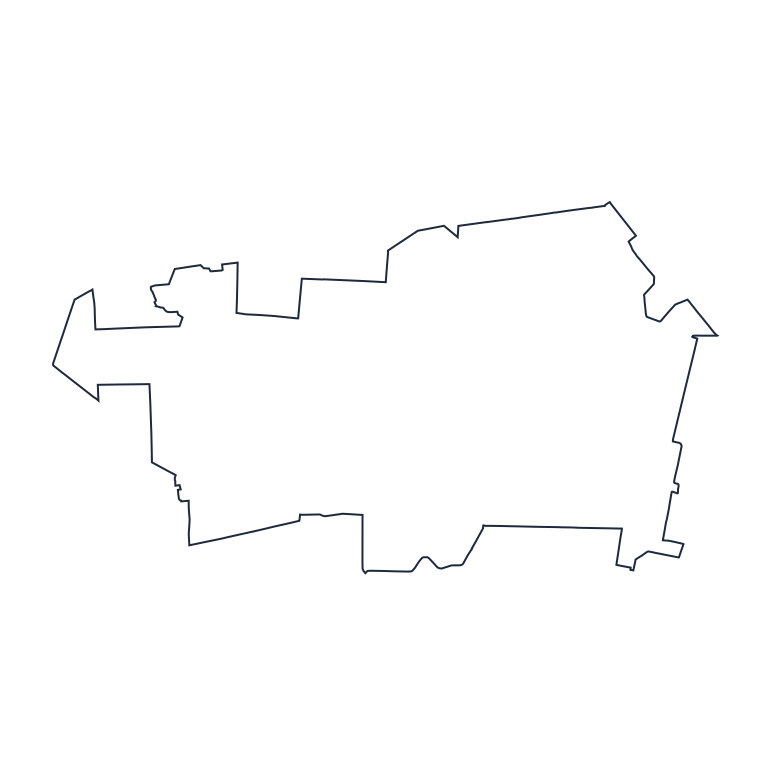 outline of Chirnogeni, Constanta, Romania, rotated 272°
{"feature_id": "2599482B22610394630164", "entity_name": "Chirnogeni", "entity_type": "district", "adm_level": 2, "iso_a3": "ROU", "parent_name": "Romania", "parent_adm1": "Constanta", "projection": "orthographic", "projection_center": [28.21, 43.932], "detail": "fine", "context": "isolated", "style": "outline", "palette": "slate", "viewbox_px": 768, "rotation_deg": 272, "n_neighbors": 0, "source": "geoboundaries", "source_scale": "gbopen_adm2", "svg_char_len": 5573}
<svg xmlns="http://www.w3.org/2000/svg" viewBox="0 0 768 768"><g transform="rotate(272 384 384)"><path d="M216.0,195.1L217.3,200.4L221.2,216.2L221.9,219.2L223.8,227.1L225.2,232.1L228.5,244.7L232.8,261.4L235.2,270.3L237.8,279.6L240.0,288.0L240.4,289.7L241.4,293.4L244.3,304.1L244.6,304.2L250.6,304.7L250.6,305.5L250.4,306.1L250.7,311.8L251.1,319.1L251.1,319.3L251.4,324.4L250.6,326.3L250.2,327.3L250.0,328.3L249.9,329.2L249.9,330.3L250.3,332.7L252.6,345.7L252.8,346.2L252.9,347.7L252.7,355.2L252.4,367.1L225.6,368.0L204.9,368.7L199.1,369.0L198.4,369.1L196.5,370.0L194.3,372.0L196.3,373.6L196.7,374.6L196.9,377.6L197.1,388.1L197.2,403.6L197.3,410.2L197.5,417.1L198.3,418.9L201.3,421.3L204.5,423.2L207.8,425.2L211.6,428.2L212.2,429.6L212.4,433.5L211.4,435.1L206.0,440.5L202.6,443.8L202.1,445.0L201.8,445.9L201.6,448.0L203.8,454.3L205.1,457.8L205.1,458.4L205.5,466.7L206.0,468.1L206.8,469.0L207.8,469.7L215.2,473.4L220.2,476.3L222.3,477.7L222.7,477.5L225.7,479.1L230.3,481.5L236.7,484.7L243.1,488.0L246.1,488.1L246.2,488.3L245.8,490.1L245.8,491.3L245.9,494.4L246.1,501.4L246.3,516.6L246.4,523.7L246.6,541.3L246.8,552.5L247.0,562.2L247.0,562.3L247.0,566.7L247.2,577.2L247.1,583.4L247.1,583.5L247.5,607.6L247.6,613.3L247.7,620.1L247.8,626.8L246.5,626.7L241.6,626.1L241.4,626.0L212.6,622.7L211.4,622.6L210.6,627.0L209.1,636.9L206.8,636.8L206.4,639.7L208.7,640.1L216.8,641.5L217.4,641.6L219.5,644.6L221.8,648.0L225.4,652.8L225.9,654.2L224.2,664.2L224.2,664.3L220.9,684.7L221.0,684.8L227.7,686.8L234.4,688.9L234.8,687.8L236.1,681.1L237.3,674.4L237.5,668.2L238.0,668.2L246.3,669.4L255.3,670.6L258.2,671.3L263.7,672.2L268.8,673.0L272.7,673.5L276.8,674.0L281.3,674.6L283.6,674.9L286.0,675.3L286.4,675.6L286.5,675.8L286.3,676.7L285.7,678.6L285.1,680.3L285.0,680.8L285.0,681.1L285.2,681.4L285.3,681.4L286.1,681.5L287.0,681.5L287.5,681.5L288.3,681.5L289.0,681.5L292.3,682.0L293.1,681.9L293.7,681.8L294.1,681.5L294.5,680.9L294.8,679.3L295.0,678.4L295.2,677.8L295.5,677.6L295.9,677.4L296.3,677.4L297.2,677.4L297.8,677.5L299.7,677.8L301.6,678.1L313.4,680.5L315.3,680.8L325.6,682.5L332.2,683.6L333.1,683.4L334.1,682.9L334.6,682.6L335.2,681.7L335.5,680.9L336.7,674.7L338.5,674.7L392.0,685.6L429.7,693.4L440.3,695.5L441.7,690.5L441.8,690.4L442.1,690.4L442.6,690.8L442.9,691.1L443.1,691.6L443.2,692.1L443.2,693.5L443.3,695.9L443.5,702.9L443.7,708.6L443.8,711.4L443.9,715.3L444.0,715.5L444.6,714.5L445.3,713.7L446.1,712.9L447.1,711.9L448.1,711.0L448.7,710.5L449.5,709.8L451.1,708.5L452.5,707.3L454.4,705.7L456.5,703.8L458.6,702.0L460.1,700.7L462.4,698.7L464.7,696.6L468.5,693.3L471.2,691.1L473.0,689.5L475.4,687.5L478.9,684.4L477.0,680.1L474.9,675.4L474.9,675.1L474.8,674.8L474.7,674.5L474.5,674.3L474.3,674.1L473.6,672.5L473.1,671.9L472.2,671.2L470.1,669.4L467.2,666.9L462.5,663.1L456.7,658.5L456.1,657.6L456.1,657.0L458.3,650.3L460.2,644.6L460.6,644.1L461.9,643.6L463.0,643.3L466.9,642.8L474.5,641.7L479.4,641.2L481.1,640.9L482.3,640.8L485.0,643.1L493.2,650.1L493.6,650.2L500.1,650.3L500.9,650.1L502.5,648.7L508.1,643.5L517.1,635.6L520.6,632.3L522.4,631.1L523.3,630.3L523.7,630.0L524.4,629.5L525.1,628.9L526.1,628.1L526.6,627.8L527.4,627.4L529.2,626.6L531.2,625.6L532.4,624.9L534.0,624.0L534.9,623.5L535.1,623.7L536.3,625.1L537.5,626.5L538.7,627.9L539.8,629.3L540.3,629.9L541.0,630.6L565.9,609.6L570.9,605.4L573.7,603.3L572.5,601.4L571.1,599.6L570.5,598.7L569.6,598.4L569.5,597.2L568.7,592.4L567.9,587.8L567.4,585.2L567.0,582.2L566.8,581.0L566.6,579.8L565.7,574.4L564.9,569.5L563.1,559.2L561.3,549.3L561.2,547.7L561.1,547.1L560.8,546.1L558.3,532.4L557.3,526.5L555.3,515.3L554.6,512.2L552.0,496.5L549.4,481.3L549.5,481.3L544.6,452.8L539.7,452.7L533.9,452.5L533.3,452.5L535.0,450.3L544.2,438.4L542.0,428.8L538.4,412.8L538.1,412.1L527.8,397.7L517.5,383.3L515.6,383.5L500.7,382.8L485.8,382.2L486.2,358.8L486.3,346.0L486.3,345.9L486.5,319.8L486.3,319.2L486.4,298.2L446.6,295.9L446.6,294.1L448.1,271.9L448.6,258.3L448.8,243.8L449.9,234.1L457.0,234.1L463.4,234.1L480.1,233.9L490.2,233.7L500.2,233.5L499.0,225.7L497.8,218.0L492.4,218.8L491.8,217.9L490.8,209.4L490.8,209.5L490.6,206.7L493.3,205.1L493.4,199.8L496.4,196.5L495.0,188.8L491.6,170.9L486.8,169.2L479.2,166.5L476.2,165.6L474.5,151.6L473.6,149.3L473.2,148.1L472.9,147.6L471.1,147.7L469.7,148.1L468.3,149.2L465.9,150.4L460.9,152.5L459.9,153.2L459.4,153.1L458.8,152.8L457.8,151.8L457.0,152.1L455.1,153.2L454.3,153.4L453.8,153.2L453.5,155.2L453.2,156.5L452.7,157.5L452.6,160.3L452.1,161.1L450.5,162.2L449.0,163.9L448.4,165.6L448.4,168.8L449.0,175.0L446.2,175.8L443.5,180.4L443.4,180.4L439.0,179.0L434.6,177.6L434.4,176.5L432.7,149.5L432.2,142.0L429.8,111.2L429.1,103.1L428.5,93.7L437.7,92.9L449.4,92.2L455.1,91.6L462.1,90.3L464.5,89.9L468.2,89.3L466.9,87.3L466.1,85.7L463.2,81.0L460.7,77.0L458.0,72.7L457.9,72.4L457.7,72.0L457.4,71.8L446.8,68.6L437.0,65.7L432.0,64.2L425.5,62.3L420.2,60.7L414.9,59.1L403.7,55.8L393.3,52.7L392.0,52.5L391.0,52.8L384.0,62.2L384.0,62.3L377.3,71.5L368.8,83.3L367.7,84.8L366.4,86.6L361.5,93.3L360.5,94.7L360.0,95.7L359.5,96.5L358.7,97.7L357.8,98.7L357.4,99.2L362.3,98.8L369.2,98.3L373.2,98.0L374.3,120.0L374.8,130.8L375.7,149.6L356.8,151.1L351.1,151.5L334.0,152.7L333.9,152.7L328.5,153.1L318.0,153.7L307.6,154.3L297.6,154.8L293.1,163.9L290.2,169.7L285.7,179.0L283.6,178.5L282.8,178.2L280.6,178.3L279.8,178.8L277.3,178.9L275.1,179.1L275.8,183.2L271.6,184.5L271.0,181.7L266.0,182.4L262.2,183.0L260.8,184.0L260.4,185.3L259.6,185.5L260.5,192.7L260.5,192.9L257.0,193.0L253.4,193.2L248.5,193.7L241.5,194.5L233.5,194.3L227.6,194.1L224.6,194.3L216.1,195.1L216.0,195.1Z" fill="none" stroke="#1e293b" stroke-width="2"/></g></svg>